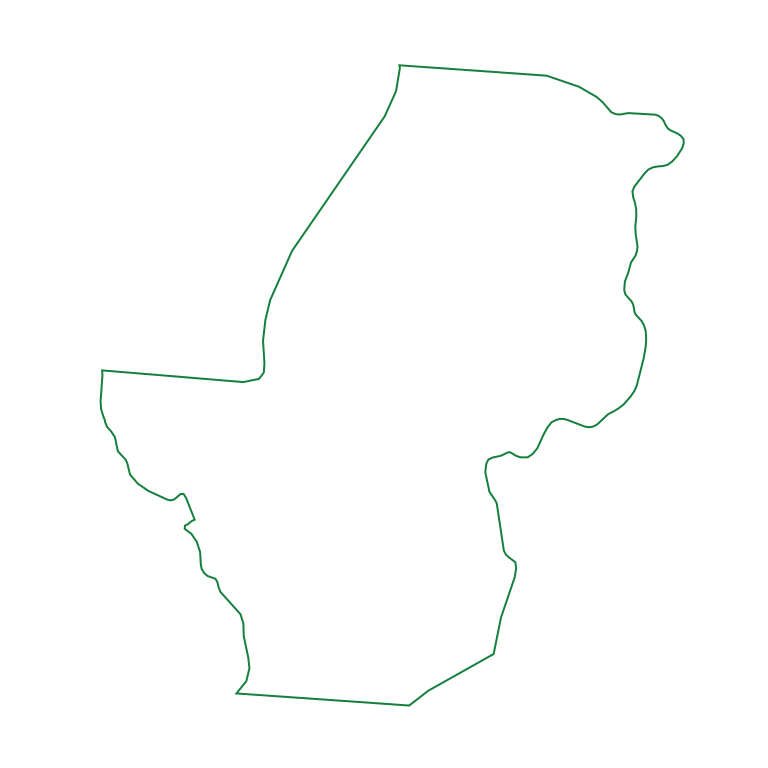 outline of Nkhata Bay, rotated 184°
{"feature_id": "MWI-1901", "entity_name": "Nkhata Bay", "entity_type": "District", "adm_level": 1, "iso_a3": "MWI", "parent_name": "Malawi", "parent_adm1": "", "projection": "robinson", "projection_center": [34.193, -11.585], "detail": "fine", "context": "isolated", "style": "outline", "palette": "green", "viewbox_px": 768, "rotation_deg": 184, "n_neighbors": 0, "source": "natural_earth", "source_scale": "10m", "svg_char_len": 2138}
<svg xmlns="http://www.w3.org/2000/svg" viewBox="0 0 768 768"><g transform="rotate(184 384 384)"><path d="M509.6,65.0L500.6,78.0L498.4,91.0L500.3,101.5L506.3,122.6L507.6,135.3L511.1,144.3L532.6,165.1L535.0,170.2L536.4,174.7L538.5,177.9L546.7,180.2L550.3,183.0L553.1,187.0L554.2,191.7L555.7,203.4L559.7,213.4L565.6,221.0L572.7,225.6L572.7,228.7L570.0,230.4L566.2,233.9L563.4,235.4L573.4,256.4L576.3,260.4L579.3,260.0L585.1,254.3L588.4,253.0L592.1,253.5L611.6,260.9L622.6,267.4L631.0,275.9L634.4,286.5L636.3,290.4L644.8,298.3L648.7,312.2L652.9,317.7L657.2,321.8L659.1,325.5L660.1,328.6L662.2,333.3L664.5,339.3L665.5,346.8L665.5,373.5L666.2,377.9L524.6,376.1L509.0,380.4L504.7,387.0L504.7,396.4L507.7,418.7L506.8,439.5L503.4,459.8L485.0,510.4L450.6,568.7L402.0,651.0L392.4,677.0L390.2,700.2L390.9,703.0L243.3,702.9L210.2,694.1L191.8,685.1L185.7,680.5L176.1,670.9L171.7,669.4L167.8,669.2L159.3,671.3L132.3,671.6L128.6,670.6L125.5,668.5L123.1,665.6L121.1,661.8L118.9,659.0L116.3,657.2L108.7,654.3L105.1,652.2L102.4,649.3L101.8,645.1L103.0,640.1L107.5,631.8L112.0,626.1L116.2,622.6L120.8,620.9L125.7,620.2L130.6,619.0L135.1,616.5L138.6,612.5L147.9,598.5L149.6,593.7L148.4,587.6L146.4,582.6L144.7,576.2L144.0,569.1L144.3,558.7L143.4,551.1L140.7,539.0L140.9,534.2L142.0,529.7L146.1,522.5L148.1,512.1L150.9,502.9L150.9,494.2L149.2,489.8L142.9,483.8L141.0,480.7L140.0,477.2L139.3,473.9L138.2,471.5L136.8,469.9L131.4,464.8L128.8,460.6L126.7,455.5L125.9,450.1L125.5,444.8L125.6,438.7L126.7,428.0L131.8,399.8L134.0,394.0L137.3,388.5L143.9,379.9L148.9,375.6L153.3,372.5L155.9,371.1L158.7,369.1L168.3,358.7L171.9,356.3L175.4,355.3L178.9,355.3L181.3,355.7L199.3,361.2L202.4,361.6L206.1,361.5L210.3,359.9L214.2,357.5L217.9,352.1L221.3,344.7L226.5,330.7L230.8,324.6L235.5,320.9L242.5,320.4L244.8,320.9L247.5,321.7L252.1,324.1L254.2,324.8L256.0,324.2L262.3,320.6L270.6,318.2L274.5,316.0L276.4,311.6L276.8,303.0L271.3,283.8L265.1,275.9L263.2,272.8L252.8,226.1L250.4,222.2L247.2,219.7L240.6,215.4L239.3,209.5L240.1,200.4L251.0,159.2L255.8,122.3L318.3,81.2L336.5,65.0L507.4,65.0L509.5,65.0L509.6,65.0Z" fill="none" stroke="#15803d" stroke-width="2"/></g></svg>